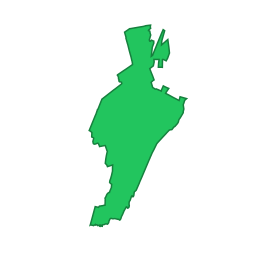 Krišjāņu pag., Balvu, Latvia, rotated 295°
{"feature_id": "27541924B18316673123467", "entity_name": "Krišjāņu pag.", "entity_type": "district", "adm_level": 2, "iso_a3": "LVA", "parent_name": "Latvia", "parent_adm1": "Balvu", "projection": "natural_earth1", "projection_center": [27.279, 56.822], "detail": "fine", "context": "isolated", "style": "filled", "palette": "green", "viewbox_px": 256, "rotation_deg": 295, "n_neighbors": 0, "source": "geoboundaries", "source_scale": "gbopen_adm2", "svg_char_len": 5240}
<svg xmlns="http://www.w3.org/2000/svg" viewBox="0 0 256 256"><g transform="rotate(295 128 128)"><path d="M230.8,105.0L228.3,101.0L226.8,99.3L225.8,97.9L223.9,95.1L221.6,91.8L219.3,88.5L218.7,87.5L216.6,86.3L213.4,84.4L212.1,85.5L209.2,88.0L208.6,88.1L204.2,91.9L203.7,92.4L199.1,96.1L196.6,98.2L193.7,100.7L191.9,102.1L191.1,102.7L190.2,103.5L188.9,104.4L188.1,104.9L187.4,105.3L187.0,105.0L186.8,104.9L186.7,104.9L184.8,103.8L180.2,101.1L177.6,99.5L176.9,99.1L171.7,96.0L171.4,96.0L170.9,97.0L170.7,97.1L170.2,97.6L169.9,97.9L169.7,98.1L169.4,98.2L168.8,98.5L168.6,98.6L168.4,98.7L168.3,98.9L168.2,99.1L168.1,99.4L167.8,99.6L167.1,99.7L166.6,100.1L166.3,100.7L166.3,101.0L166.6,101.5L166.7,102.1L166.7,102.5L166.7,102.8L165.9,103.4L165.6,103.6L164.9,103.4L158.1,99.9L156.7,99.1L145.1,93.2L143.9,92.6L143.2,92.2L140.9,92.3L136.1,92.6L132.9,92.8L132.7,92.9L131.8,92.5L131.2,92.7L130.6,92.7L127.1,93.1L125.6,93.1L115.4,93.6L109.3,93.9L109.2,95.6L108.7,96.8L108.6,97.2L108.1,97.4L104.7,98.8L104.5,99.0L104.5,99.4L104.6,100.2L104.5,100.8L104.4,101.1L104.1,101.3L101.2,101.8L100.7,102.0L100.2,102.4L99.4,103.0L99.2,103.2L99.1,103.8L99.1,104.1L99.3,104.6L99.4,104.8L100.1,105.6L101.4,106.8L101.5,107.0L101.5,107.3L101.4,107.6L100.4,108.8L99.4,110.0L99.2,110.1L101.6,113.4L102.5,114.7L102.5,114.8L98.8,118.3L98.2,119.1L94.1,120.0L90.4,121.0L86.8,122.2L86.4,122.3L85.6,124.2L85.2,124.8L84.3,125.7L88.0,129.7L85.3,130.8L84.5,131.2L82.5,132.1L82.3,132.2L77.6,133.2L76.8,133.3L75.2,133.6L74.0,133.7L72.8,133.8L72.4,133.9L71.0,134.3L70.9,134.5L70.6,135.0L70.4,135.4L70.1,137.0L67.4,137.9L67.2,138.1L62.0,138.3L61.8,138.2L61.7,138.3L61.5,138.0L60.6,137.4L60.3,137.3L59.9,137.1L59.1,137.0L58.3,136.9L57.9,136.9L56.8,137.0L56.4,137.0L55.0,136.9L54.7,136.8L53.3,137.8L52.7,137.9L51.5,138.5L48.3,139.8L47.5,138.5L47.0,138.0L45.8,136.2L45.1,135.1L43.6,134.8L42.9,131.5L25.3,134.6L24.0,134.8L24.4,135.1L24.5,135.7L24.9,137.4L25.0,138.1L25.3,138.2L25.8,138.5L26.0,138.9L26.1,139.0L26.4,139.0L26.6,139.1L26.3,139.3L26.2,139.5L26.3,139.7L26.8,140.0L27.0,140.2L27.0,140.4L27.1,140.6L27.2,140.9L27.0,141.1L26.8,141.3L26.7,141.5L26.7,141.8L26.8,141.9L26.9,142.1L27.3,142.5L27.9,143.1L28.0,143.3L27.7,143.4L27.4,143.5L27.0,143.8L27.0,144.2L27.0,144.3L27.4,144.4L27.6,144.2L27.9,144.2L28.2,144.2L28.4,144.2L28.5,144.4L28.2,144.7L27.8,145.0L28.1,145.3L28.1,145.6L27.9,145.8L27.9,146.0L28.0,146.2L28.6,145.9L28.9,145.8L29.3,145.8L29.5,145.9L29.7,146.0L29.9,146.4L30.0,146.7L30.1,146.8L30.5,147.3L31.6,148.2L31.8,148.5L31.9,148.8L32.0,149.0L32.0,149.5L32.2,150.1L33.0,150.3L33.9,150.5L34.4,150.4L35.3,150.2L35.9,150.1L36.2,150.1L36.7,150.1L37.4,150.1L37.8,150.1L38.3,150.3L38.5,150.4L38.7,150.5L38.8,150.7L39.0,150.9L39.0,151.2L39.2,152.0L39.3,152.7L39.6,153.1L40.1,153.9L40.3,154.2L40.4,154.5L40.7,156.1L40.9,156.9L41.0,157.5L41.3,158.0L41.4,158.3L41.3,158.5L41.0,159.0L41.0,159.3L41.2,159.5L41.5,159.7L42.1,159.8L42.8,159.8L43.1,159.8L44.2,159.6L44.8,159.6L45.7,159.5L46.7,159.6L47.2,159.6L49.9,159.5L50.9,159.4L51.5,159.5L51.9,159.5L53.3,159.6L55.5,159.7L55.8,159.9L55.9,160.0L55.9,160.4L55.8,160.5L55.4,161.0L55.2,161.3L55.2,161.6L55.3,161.7L55.5,161.9L55.7,162.0L56.2,162.2L56.5,162.3L56.9,162.3L57.3,162.2L57.6,162.1L58.1,162.0L58.5,161.8L58.9,161.4L59.2,161.3L59.7,161.0L60.8,160.6L61.6,160.3L61.8,160.3L63.5,160.5L66.8,160.1L67.3,160.1L67.5,160.1L67.9,160.1L68.1,160.3L68.3,160.4L68.3,160.5L68.3,160.9L67.7,161.3L67.7,161.5L67.9,161.7L68.3,161.8L68.7,161.8L69.2,161.8L69.8,161.6L70.8,161.3L72.3,160.8L72.5,160.8L73.0,160.8L73.8,161.2L75.0,161.7L75.6,161.7L83.2,161.5L83.5,161.4L88.9,161.3L108.1,160.6L109.3,160.6L109.9,160.6L110.7,160.5L112.9,160.5L115.6,160.4L119.4,160.6L125.0,160.7L125.9,160.7L127.7,161.2L129.6,161.8L134.6,163.4L139.2,164.9L140.0,165.1L143.2,166.2L143.4,166.3L143.6,166.3L143.7,166.5L144.1,166.9L144.9,168.2L145.1,168.4L145.2,168.5L145.4,168.5L145.7,168.6L148.0,169.1L148.9,169.6L149.3,169.9L153.1,171.0L153.3,171.0L153.6,171.0L154.7,171.1L155.2,171.0L156.7,170.7L157.1,170.6L157.6,170.7L158.6,170.9L159.0,171.0L161.9,171.3L165.2,171.6L165.9,171.2L168.8,170.6L172.3,168.3L172.6,168.2L174.0,168.1L176.9,167.7L177.1,167.7L179.4,168.7L178.3,162.0L175.7,162.5L174.5,162.7L174.6,160.6L174.7,159.1L174.8,156.0L175.1,151.7L175.3,147.4L176.6,147.5L181.1,148.2L181.0,146.6L181.0,143.9L181.1,142.2L176.5,142.3L175.5,142.5L175.5,139.6L175.4,139.6L175.4,137.2L174.8,136.4L174.8,136.1L174.9,135.3L175.1,133.7L175.1,133.4L175.2,133.2L175.9,132.6L178.4,130.4L178.6,130.2L178.9,130.0L179.1,129.7L179.8,129.9L181.7,130.7L182.6,131.3L185.7,128.2L187.8,125.9L191.0,122.6L195.0,124.7L198.9,123.8L201.1,122.5L201.6,123.6L203.3,127.2L202.4,127.5L200.0,128.2L195.9,129.8L197.3,132.9L197.5,133.5L204.7,130.3L204.8,130.4L205.0,130.8L205.0,131.0L205.1,131.3L205.0,134.2L208.0,134.4L213.5,133.9L218.3,131.0L225.0,126.7L222.4,125.5L221.6,125.2L217.4,123.3L221.3,121.8L231.7,120.1L232.0,118.3L227.8,118.4L206.9,119.4L206.3,119.5L205.6,119.5L204.6,119.6L204.2,119.6L202.8,118.8L205.2,118.0L206.7,117.5L211.4,115.9L216.1,115.5L216.6,114.9L217.6,114.7L217.5,112.1L216.0,111.6L215.9,110.9L216.8,110.1L221.9,109.3L222.7,108.5L223.3,108.0L225.0,106.8L224.9,105.4L225.6,105.3L227.9,106.4L229.0,105.5L230.8,105.0Z" fill="#22c55e" stroke="#15803d" stroke-width="1.5"/></g></svg>